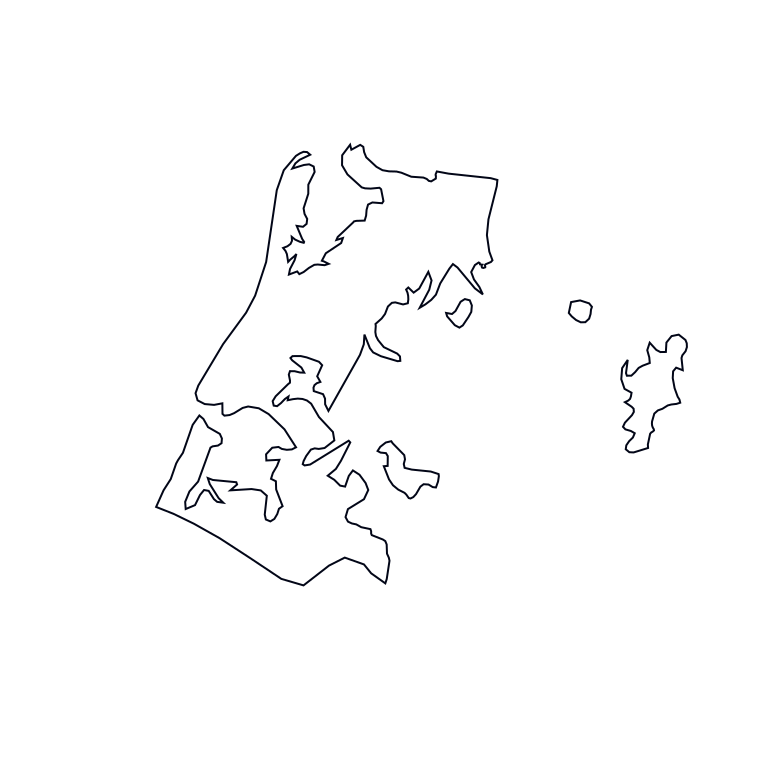 outline of Auckland, rotated 47°
{"feature_id": "NZL-3398", "entity_name": "Auckland", "entity_type": "Unitary Authority", "adm_level": 1, "iso_a3": "NZL", "parent_name": "New Zealand", "parent_adm1": "", "projection": "orthographic", "projection_center": [174.852, -36.678], "detail": "fine", "context": "isolated", "style": "outline", "palette": "ink", "viewbox_px": 768, "rotation_deg": 47, "n_neighbors": 0, "source": "natural_earth", "source_scale": "10m", "svg_char_len": 5773}
<svg xmlns="http://www.w3.org/2000/svg" viewBox="0 0 768 768"><g transform="rotate(47 384 384)"><path d="M318.5,634.5L311.4,617.7L308.1,604.8L300.4,590.2L299.2,586.6L297.2,578.0L283.4,551.8L281.1,540.5L286.4,539.9L295.5,542.1L308.5,538.1L313.3,539.7L316.5,543.2L315.8,547.4L312.7,551.9L312.2,554.3L328.6,586.5L329.9,599.6L334.6,609.8L340.2,614.3L343.7,604.8L339.7,594.3L338.8,587.9L342.6,585.1L352.2,586.9L356.4,586.4L361.2,582.5L354.7,582.8L338.4,579.7L332.6,577.0L337.5,574.6L355.1,559.0L357.3,560.0L357.0,568.9L370.5,552.5L377.8,546.7L385.8,545.9L398.2,560.3L402.5,562.8L407.0,560.8L407.9,556.2L406.3,550.7L403.6,545.9L404.2,541.5L387.6,534.8L381.4,529.4L376.3,531.3L373.3,526.0L371.0,518.2L368.1,512.2L359.7,522.2L355.0,518.2L354.4,509.2L358.1,504.1L361.8,503.0L365.8,500.0L369.0,496.0L370.3,491.5L349.3,487.7L327.3,488.9L316.4,492.1L307.8,498.7L305.1,503.7L303.1,513.5L301.4,518.1L298.3,522.3L295.7,522.5L287.9,515.4L283.4,522.5L276.4,528.8L268.8,531.5L262.2,528.1L258.5,520.9L245.1,474.5L237.8,436.2L231.5,418.0L214.4,387.0L169.1,330.2L159.3,311.5L157.1,292.8L158.0,288.1L159.3,284.5L161.9,282.1L166.0,281.6L162.5,292.7L162.2,298.3L163.9,304.1L169.2,293.2L172.3,288.9L177.0,287.1L181.6,290.1L186.6,303.4L193.2,309.6L200.7,323.0L205.4,326.1L210.9,327.6L214.1,331.4L213.8,336.0L208.8,340.0L222.1,344.9L225.6,345.5L226.0,346.4L222.7,348.5L217.8,350.5L213.4,351.1L216.5,353.6L217.8,356.8L217.4,360.7L215.7,365.0L219.6,365.3L222.7,366.4L229.3,370.8L229.1,367.9L229.4,362.2L229.2,359.4L232.5,365.0L235.8,374.3L239.1,378.9L242.5,370.7L245.9,371.0L247.3,366.4L247.9,359.8L249.3,353.7L251.4,351.0L256.6,346.4L258.4,342.5L253.3,344.4L251.5,345.4L248.7,337.4L251.7,319.2L249.2,314.5L246.2,320.6L244.9,317.6L244.8,296.4L244.6,295.1L245.8,293.0L251.3,286.7L248.7,282.3L244.7,277.9L241.9,273.3L243.3,268.7L250.5,262.1L249.9,259.7L239.6,253.3L237.4,253.5L232.0,260.5L228.0,264.4L225.0,266.2L205.8,267.8L195.4,265.5L188.2,258.6L185.9,245.6L190.4,248.1L192.9,238.3L196.4,237.4L200.9,240.4L206.1,242.4L220.0,241.4L226.6,239.3L231.9,235.3L237.1,230.0L241.3,227.2L251.0,222.7L259.9,214.4L263.2,212.9L266.0,212.7L268.0,211.3L269.1,206.0L267.2,204.1L266.4,203.8L265.8,203.1L264.6,200.4L274.2,193.3L306.2,165.6L312.1,161.9L316.3,166.7L334.8,195.3L345.3,207.2L359.0,216.7L367.5,220.3L367.7,222.6L365.7,228.1L365.9,229.2L367.0,229.7L367.7,230.4L366.9,232.2L365.7,232.9L364.6,232.4L363.8,231.5L363.7,230.8L362.0,232.2L360.7,231.5L359.7,231.9L359.0,236.4L361.6,243.9L368.9,246.9L378.1,248.1L385.9,250.6L376.0,252.3L348.9,250.8L343.3,251.8L344.2,257.5L348.8,274.3L354.1,285.1L354.7,292.1L354.0,299.4L352.6,305.9L345.9,286.6L340.7,278.6L332.2,275.1L338.2,293.1L337.4,300.0L330.0,300.4L330.0,303.4L333.2,304.5L336.0,306.2L338.7,308.5L341.2,311.5L338.8,315.8L332.0,320.1L330.0,322.9L330.0,328.3L333.5,335.5L334.5,341.0L334.3,349.3L335.9,350.4L340.1,354.9L343.4,357.1L347.9,358.4L356.9,359.0L370.8,353.6L374.7,353.5L378.2,356.3L376.6,358.5L361.6,367.3L353.5,370.4L348.2,369.9L334.5,364.6L341.2,371.7L346.3,381.7L365.8,443.0L358.7,440.9L354.5,437.1L349.9,435.5L341.3,440.2L338.6,438.1L337.4,435.6L337.6,432.6L339.1,429.1L332.8,427.6L328.1,416.4L323.4,416.4L311.8,422.4L306.7,425.9L301.2,431.9L301.2,434.7L304.0,435.0L315.6,433.2L321.3,434.6L318.3,437.6L313.6,440.7L310.5,444.0L312.2,447.2L317.4,450.4L318.9,451.9L318.7,454.2L319.1,471.6L320.6,477.1L324.6,479.4L327.3,477.3L327.7,472.3L327.4,466.7L328.0,462.4L330.2,465.5L333.0,460.9L335.9,457.0L339.4,453.8L343.5,451.6L348.7,450.7L363.8,454.1L384.3,454.1L391.4,458.8L390.3,471.1L387.0,476.0L383.8,478.6L382.1,482.2L383.6,490.0L385.5,495.3L387.2,498.1L389.4,497.6L392.5,493.0L401.4,448.5L403.7,448.5L410.8,467.8L413.3,477.1L412.7,487.7L420.1,485.7L428.4,485.4L432.5,482.4L427.2,472.4L426.0,465.7L433.6,463.8L443.9,465.0L450.8,467.8L454.6,477.2L450.9,495.7L455.1,502.9L460.1,504.2L464.1,502.6L467.8,500.0L473.2,498.3L480.9,492.9L482.9,493.8L484.6,495.4L486.2,496.0L496.9,490.9L499.8,490.2L503.2,491.5L510.1,497.5L514.3,498.9L517.0,500.5L528.5,515.0L530.7,519.0L513.7,522.5L502.3,521.7L484.2,531.1L479.3,548.1L476.4,580.2L456.5,592.0L419.7,600.7L384.6,609.4L356.6,618.3L335.6,626.4L318.5,634.5ZM601.9,223.3L608.2,232.3L610.9,234.5L604.3,248.1L601.2,251.1L596.6,251.7L594.1,248.6L593.0,243.7L592.9,238.5L591.0,234.2L586.7,235.5L581.8,238.4L578.3,238.4L576.6,234.2L575.9,223.9L574.8,220.3L572.3,218.3L569.5,218.4L561.6,220.2L562.7,216.7L562.7,214.2L561.5,211.9L559.2,208.9L551.6,211.4L542.3,207.2L534.8,199.0L532.6,189.3L541.1,199.6L543.6,200.7L546.6,197.4L546.6,192.3L545.9,186.8L547.0,182.4L549.9,175.3L545.4,171.8L538.8,168.4L535.0,161.5L544.8,161.6L549.1,160.1L552.8,156.0L546.3,149.2L545.1,141.0L548.9,134.8L557.4,133.5L560.7,134.8L563.6,137.3L565.7,141.1L566.5,146.3L567.9,148.7L577.7,156.1L571.3,159.2L571.9,163.9L576.6,168.8L585.2,174.3L593.6,177.9L596.8,178.5L599.7,180.1L598.0,183.7L594.9,187.9L593.2,191.1L592.0,197.3L590.1,201.7L590.0,206.5L594.2,213.5L595.6,215.0L597.3,216.3L599.1,217.1L601.0,217.5L602.1,218.2L602.1,219.8L601.7,221.7L601.9,223.3ZM479.9,409.5L487.1,405.5L488.8,406.7L492.2,411.0L495.1,416.6L492.6,418.7L487.9,420.0L484.3,423.4L483.9,427.4L486.4,435.7L486.7,439.7L485.8,442.7L484.3,443.7L480.1,443.1L477.6,443.2L471.0,445.6L464.2,446.5L457.2,445.4L444.0,440.2L446.4,437.2L439.3,430.4L435.9,429.7L431.8,433.3L428.6,434.4L427.4,429.6L428.0,422.6L430.8,417.7L433.3,418.1L449.8,417.7L453.4,420.0L456.0,424.1L459.4,426.1L465.5,422.1L479.9,409.5ZM377.0,267.0L381.3,264.2L386.5,266.2L390.8,271.0L392.6,276.6L394.9,286.4L394.2,290.4L389.3,292.1L377.6,291.7L374.4,290.1L379.2,286.5L379.4,282.0L376.1,271.9L377.0,267.0ZM469.4,179.3L470.8,181.9L473.7,185.2L476.1,189.4L476.1,194.6L473.1,198.0L468.2,199.9L462.6,200.6L458.1,200.4L451.7,191.3L456.6,183.6L464.9,179.0L469.4,179.3Z" fill="none" stroke="#020617" stroke-width="2"/></g></svg>